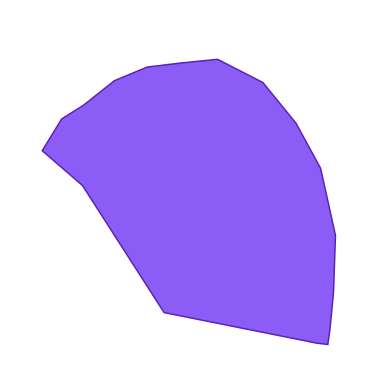 Namoya, Maniema, Democratic Republic of the Congo (Equal Earth projection), rotated 187°
{"feature_id": "63176286B36790783393673", "entity_name": "Namoya", "entity_type": "district", "adm_level": 2, "iso_a3": "COD", "parent_name": "Democratic Republic of the Congo", "parent_adm1": "Maniema", "projection": "equal_earth", "projection_center": [27.577, -4.011], "detail": "fine", "context": "isolated", "style": "filled", "palette": "violet", "viewbox_px": 384, "rotation_deg": 187, "n_neighbors": 0, "source": "geoboundaries", "source_scale": "gbopen_adm2", "svg_char_len": 376}
<svg xmlns="http://www.w3.org/2000/svg" viewBox="0 0 384 384"><g transform="rotate(187 192 192)"><path d="M345.7,214.7L301.5,185.1L205.0,68.9L50.3,57.2L38.6,57.2L38.3,72.0L39.3,109.7L44.3,166.4L67.2,231.1L97.1,272.9L135.0,309.3L182.8,326.8L218.7,318.7L251.6,310.6L282.5,293.1L310.4,264.8L330.3,248.6L345.7,214.7Z" fill="#8b5cf6" stroke="#5b21b6" stroke-width="1.5"/></g></svg>